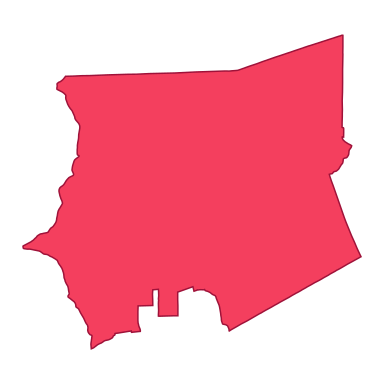 Khlong Sam Wa, Bangkok Metropolis, Thailand
{"feature_id": "78962969B63741991281097", "entity_name": "Khlong Sam Wa", "entity_type": "district", "adm_level": 2, "iso_a3": "THA", "parent_name": "Thailand", "parent_adm1": "Bangkok Metropolis", "projection": "mercator", "projection_center": [100.726, 13.873], "detail": "fine", "context": "isolated", "style": "filled", "palette": "rose", "viewbox_px": 384, "rotation_deg": 0, "n_neighbors": 0, "source": "geoboundaries", "source_scale": "gbopen_adm2", "svg_char_len": 5794}
<svg xmlns="http://www.w3.org/2000/svg" viewBox="0 0 384 384"><path d="M36.1,237.5L34.9,238.5L33.4,240.1L31.6,241.3L31.0,241.8L25.9,244.5L23.2,245.9L23.0,246.2L23.2,248.0L23.6,248.5L24.3,248.7L27.1,249.1L29.8,249.1L32.9,249.7L33.7,249.9L37.7,250.7L39.1,251.0L40.3,251.5L41.1,252.1L43.4,253.8L44.1,254.1L47.0,254.5L48.0,254.9L49.1,255.5L49.5,255.9L50.7,256.5L51.6,256.8L53.7,258.0L55.5,259.1L57.4,260.5L57.5,260.9L58.2,262.5L58.5,263.2L59.3,264.5L60.3,265.8L61.9,268.3L62.7,270.4L62.9,271.2L63.4,272.6L63.8,274.6L64.1,277.8L64.9,279.9L65.1,280.8L65.2,281.3L66.3,283.7L67.8,286.2L68.3,288.1L68.6,290.5L69.2,293.5L69.2,293.8L69.1,294.2L68.6,294.9L68.0,296.0L68.0,296.4L68.1,297.0L68.4,297.3L70.5,298.8L70.7,299.0L72.4,300.4L73.9,301.5L74.2,301.7L74.5,302.3L75.2,303.2L75.5,304.0L75.8,305.0L75.8,305.9L76.0,306.9L76.4,307.3L77.8,308.2L78.6,308.9L79.3,310.3L80.5,312.8L83.7,318.2L85.3,321.8L86.3,323.7L87.0,324.5L87.5,325.3L87.9,326.7L87.8,326.8L88.0,327.7L87.7,330.1L87.8,330.7L88.1,332.0L88.6,332.9L89.2,333.7L89.9,334.5L90.1,334.7L91.7,335.3L92.0,336.0L91.7,338.0L91.7,338.6L91.5,339.5L91.3,341.3L91.1,342.3L90.9,344.2L91.2,347.8L91.3,348.8L92.5,348.3L93.6,347.8L97.6,344.7L99.5,343.7L101.3,343.0L102.8,342.0L103.9,341.2L104.5,340.8L105.4,340.5L108.6,339.8L109.3,339.5L110.8,338.8L111.3,338.4L111.8,338.2L112.5,337.6L112.8,337.2L113.0,336.6L113.4,335.9L113.8,335.6L114.5,335.3L114.9,334.8L115.0,334.5L114.9,334.0L115.0,333.5L116.1,333.3L117.9,333.1L120.4,332.7L129.0,331.3L131.3,331.0L131.5,332.3L131.8,332.4L132.5,332.2L134.6,332.0L138.2,331.6L140.3,331.4L140.4,330.9L140.1,329.3L139.7,328.1L139.5,327.8L138.8,326.0L138.4,324.0L138.1,323.2L137.9,320.5L137.9,312.6L137.9,311.4L138.1,305.9L152.8,305.5L152.7,299.7L152.5,294.2L152.6,292.4L152.8,289.8L158.4,289.3L158.4,289.9L158.5,290.4L158.6,292.5L158.7,295.8L158.4,298.9L158.6,300.3L158.6,300.9L158.5,301.2L158.4,303.7L158.5,307.5L158.6,310.4L158.5,312.6L158.4,314.3L158.4,315.8L158.4,316.1L159.0,316.2L173.1,315.8L176.7,315.8L177.9,315.8L177.9,306.0L177.7,299.6L177.7,292.1L192.9,286.7L194.0,291.2L197.0,290.2L197.2,289.9L197.5,289.8L198.1,290.0L198.8,289.8L200.7,289.7L203.7,289.8L204.6,289.5L205.1,290.5L205.7,290.8L207.8,291.4L209.1,292.0L210.1,292.5L211.9,294.0L213.2,294.8L213.7,295.0L214.9,295.5L215.3,295.9L215.8,296.6L216.4,298.6L217.6,301.6L218.4,303.5L219.1,305.2L219.4,306.3L219.7,307.7L220.6,313.0L220.9,315.7L221.3,317.9L221.4,320.0L221.6,321.1L222.5,323.7L222.7,324.0L223.1,324.2L225.2,324.6L225.7,324.7L227.1,325.5L227.6,325.9L227.8,326.3L228.4,327.7L228.8,328.6L229.0,329.4L229.1,330.5L229.1,330.9L229.3,331.0L231.4,329.6L236.7,326.6L241.3,323.9L244.8,322.1L247.1,320.9L259.5,313.7L261.2,312.9L262.6,312.0L264.9,310.7L265.2,310.5L271.3,307.2L274.7,305.2L277.3,303.8L280.2,302.1L283.7,300.2L288.1,297.8L288.7,297.5L291.0,296.1L292.3,295.3L295.4,293.6L296.0,293.2L297.5,292.5L300.7,290.7L302.1,289.8L305.7,287.8L307.3,286.8L311.0,284.8L315.3,282.3L315.8,282.1L319.1,280.4L321.6,279.0L323.9,277.6L328.3,275.2L330.3,273.9L335.1,271.3L336.6,270.3L339.0,269.1L341.3,267.8L346.4,264.8L347.2,264.3L352.2,261.6L354.9,260.1L359.1,257.8L360.7,256.8L361.0,256.7L360.5,255.6L360.2,255.0L360.0,254.7L359.2,252.9L358.6,251.7L357.0,248.2L354.6,242.5L351.4,235.4L348.8,229.0L345.9,221.9L344.4,217.9L333.2,185.8L331.4,181.0L330.0,176.8L329.3,174.3L330.6,173.9L331.6,173.8L332.1,173.7L332.5,173.4L333.2,172.4L333.8,171.9L334.0,171.7L336.3,171.1L336.6,170.9L338.6,169.2L341.2,164.9L342.3,163.6L342.6,163.2L342.8,162.6L343.1,161.0L343.3,159.0L343.4,158.9L343.6,158.7L344.0,158.4L344.7,158.1L345.9,157.9L346.5,157.7L347.2,157.1L348.1,155.7L348.5,154.9L348.7,154.3L349.1,150.6L349.3,150.1L349.6,149.5L350.2,148.8L351.1,147.5L351.7,145.8L351.0,145.2L350.3,144.8L348.2,143.8L347.0,143.0L345.1,141.8L343.2,140.0L342.6,139.0L342.3,138.1L342.3,137.8L342.2,137.4L342.3,136.9L343.6,137.1L343.7,132.4L343.7,128.5L343.6,128.1L343.5,127.9L343.3,127.7L342.5,127.6L342.2,127.5L342.0,127.1L342.1,126.2L342.1,122.7L342.3,116.4L342.3,113.1L342.4,110.0L342.2,100.7L342.5,92.0L342.6,82.9L342.6,69.2L342.7,65.0L342.9,54.2L342.8,52.8L342.9,46.7L342.9,44.2L342.9,35.3L342.3,35.2L341.7,35.3L341.1,35.5L340.9,35.7L340.0,36.0L339.6,36.0L310.0,45.6L308.8,45.9L280.5,55.5L275.5,57.1L262.3,61.7L257.0,63.7L250.0,66.0L237.9,70.3L236.1,70.5L232.1,70.8L229.0,71.1L226.3,71.0L225.0,71.0L195.3,72.0L174.9,73.0L149.3,73.6L147.2,73.7L136.6,74.2L127.8,74.3L107.3,74.9L89.6,75.6L82.0,75.7L73.5,76.1L65.5,76.3L65.1,76.9L63.3,79.2L62.0,80.4L60.5,81.5L59.5,82.0L58.6,82.3L58.0,82.9L57.4,83.3L57.2,83.6L57.0,84.0L57.2,85.7L57.1,86.9L56.9,87.8L56.9,89.1L57.1,89.4L57.5,89.6L60.9,91.3L62.4,92.1L64.0,93.3L65.1,94.4L65.6,94.9L65.9,95.8L65.7,97.5L65.9,99.2L67.7,104.2L68.8,106.3L70.1,108.3L70.9,109.3L71.9,110.5L72.2,111.0L74.2,115.5L74.7,116.8L75.0,118.6L75.4,119.3L75.7,119.9L78.0,122.6L78.6,123.3L79.1,124.2L79.6,125.4L79.8,126.3L79.8,128.1L79.6,129.4L78.7,134.6L78.6,137.5L78.5,138.6L78.3,139.9L77.8,142.4L77.4,145.3L77.4,147.7L77.2,149.7L77.2,151.9L77.2,153.5L77.4,154.7L77.8,155.1L78.8,155.6L79.1,156.0L78.8,156.7L76.3,158.5L74.9,159.7L74.4,160.4L73.9,161.6L72.6,165.8L72.3,167.5L72.0,169.9L72.1,170.6L73.4,173.4L73.6,174.5L73.4,175.1L73.1,175.5L72.8,175.7L72.1,176.0L70.2,176.9L69.0,177.6L68.5,178.0L68.3,178.4L67.8,178.8L67.0,179.7L66.2,180.7L64.7,183.2L63.7,184.7L62.7,185.6L62.1,186.1L61.6,186.3L60.4,187.3L59.9,187.8L59.4,188.8L59.1,189.5L59.0,190.5L59.0,191.4L59.1,192.0L59.9,195.6L60.9,198.6L62.0,201.1L62.5,203.2L62.2,204.1L61.8,204.8L61.0,206.1L60.2,207.5L59.2,209.0L58.2,211.0L57.9,212.2L57.5,214.3L57.4,215.3L56.7,218.4L56.6,219.8L56.2,221.5L55.5,223.0L53.9,225.4L53.0,226.6L50.6,228.3L49.3,230.2L48.4,231.7L48.3,232.0L46.9,232.7L43.1,233.4L42.2,233.7L41.1,233.8L40.1,234.1L38.3,235.2L37.3,235.9L37.0,236.3L36.1,237.5Z" fill="#f43f5e" stroke="#9f1239" stroke-width="1.5"/></svg>